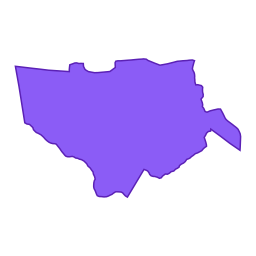 Bela Cruz, Ceará, Brazil (Albers equal-area conic projection)
{"feature_id": "56859067B81960756923809", "entity_name": "Bela Cruz", "entity_type": "district", "adm_level": 2, "iso_a3": "BRA", "parent_name": "Brazil", "parent_adm1": "Ceará", "projection": "albers", "projection_center": [-40.267, -3.072], "detail": "fine", "context": "isolated", "style": "filled", "palette": "violet", "viewbox_px": 256, "rotation_deg": 0, "n_neighbors": 0, "source": "geoboundaries", "source_scale": "gbopen_adm2", "svg_char_len": 2674}
<svg xmlns="http://www.w3.org/2000/svg" viewBox="0 0 256 256"><path d="M194.5,60.7L192.4,60.0L189.2,60.2L187.2,60.5L182.5,60.8L179.5,61.1L177.2,61.3L174.3,62.1L167.6,63.8L159.9,65.2L158.2,64.5L155.0,63.3L147.9,60.4L146.3,59.2L143.5,58.9L141.8,59.1L138.2,59.3L135.0,59.6L131.1,60.0L128.2,60.2L120.6,60.8L117.9,60.8L115.8,61.2L115.1,62.7L115.3,67.5L109.9,71.5L107.0,71.8L97.9,72.6L94.5,72.7L88.4,71.6L86.2,70.3L85.0,69.4L83.5,66.4L83.3,63.5L81.1,63.4L78.8,63.5L76.7,62.9L74.7,63.0L72.7,63.8L69.8,64.8L69.5,67.2L69.3,69.3L69.3,71.6L48.5,70.2L39.5,69.1L32.3,68.3L15.4,66.3L19.0,86.4L24.8,122.8L26.9,124.0L29.5,124.4L31.1,125.9L32.8,127.5L33.5,129.7L34.9,131.2L36.3,132.5L38.2,133.3L41.1,134.9L43.6,137.2L45.5,139.4L47.3,141.0L49.1,142.3L50.9,143.1L52.8,143.6L54.9,143.7L56.3,144.2L57.6,145.9L59.7,148.5L61.1,150.6L62.3,152.2L63.6,153.7L64.6,155.0L65.7,156.1L67.3,156.7L69.4,156.8L72.3,156.4L74.1,157.0L75.6,158.0L77.7,158.3L79.5,159.2L81.4,159.6L83.9,161.0L85.9,162.9L87.1,164.3L87.7,165.8L89.0,167.0L90.1,167.9L91.6,170.1L93.0,171.9L93.4,174.1L94.6,176.6L95.2,179.2L94.4,180.5L93.9,182.5L93.7,184.9L93.7,186.9L94.1,188.7L95.0,190.3L95.7,192.0L96.6,194.4L97.3,195.7L99.2,196.5L101.5,196.6L104.0,196.9L106.6,196.7L108.5,196.0L110.2,195.1L111.9,194.4L113.4,193.2L115.6,191.8L117.5,191.8L119.5,191.9L121.3,192.1L122.6,192.8L123.9,194.3L125.4,195.9L127.4,197.1L144.0,169.4L145.8,170.1L147.6,170.9L149.0,172.8L149.7,174.4L151.1,175.8L153.1,176.4L154.9,176.5L157.3,177.2L159.5,178.3L161.4,177.7L162.3,176.3L163.6,175.3L165.3,174.0L167.5,174.2L169.4,173.2L171.1,171.7L173.8,171.0L175.5,169.2L177.3,168.3L179.0,167.2L179.5,165.6L181.2,164.2L183.6,163.0L185.2,161.6L186.7,159.4L188.7,158.7L190.3,157.8L191.3,156.7L193.1,155.5L195.4,153.6L197.6,152.9L200.0,151.6L201.7,150.7L203.3,148.8L204.6,147.6L206.5,146.3L206.4,144.7L205.9,142.6L205.1,140.0L204.2,137.4L205.5,135.4L206.5,133.2L208.3,131.5L210.6,131.1L210.8,129.1L220.6,136.3L229.8,143.3L240.0,150.3L240.1,148.6L240.2,146.9L240.3,144.6L240.4,142.0L240.5,139.5L240.6,136.6L240.2,133.9L239.2,131.5L238.0,129.2L236.6,127.8L235.1,126.6L233.9,125.7L232.7,124.7L231.2,123.6L229.2,122.1L227.5,120.8L226.1,119.5L225.1,118.1L224.4,116.6L223.5,114.7L222.5,112.7L221.5,110.9L220.5,109.1L218.0,109.0L214.9,109.7L213.5,110.0L210.0,110.9L207.0,112.2L205.1,111.5L204.4,109.9L203.7,108.3L202.4,106.7L202.7,104.9L202.3,102.7L201.5,100.6L201.0,99.1L202.1,97.8L203.1,96.6L203.2,94.4L202.6,92.1L202.5,89.5L202.7,87.2L201.4,85.6L199.3,85.1L197.8,84.7L195.8,84.9L194.9,82.0L194.8,79.5L194.6,77.9L194.7,76.2L194.5,74.0L194.0,72.3L192.9,70.3L192.4,68.7L192.8,66.5L193.5,64.0L193.9,62.4L194.5,60.7Z" fill="#8b5cf6" stroke="#5b21b6" stroke-width="1.5"/></svg>